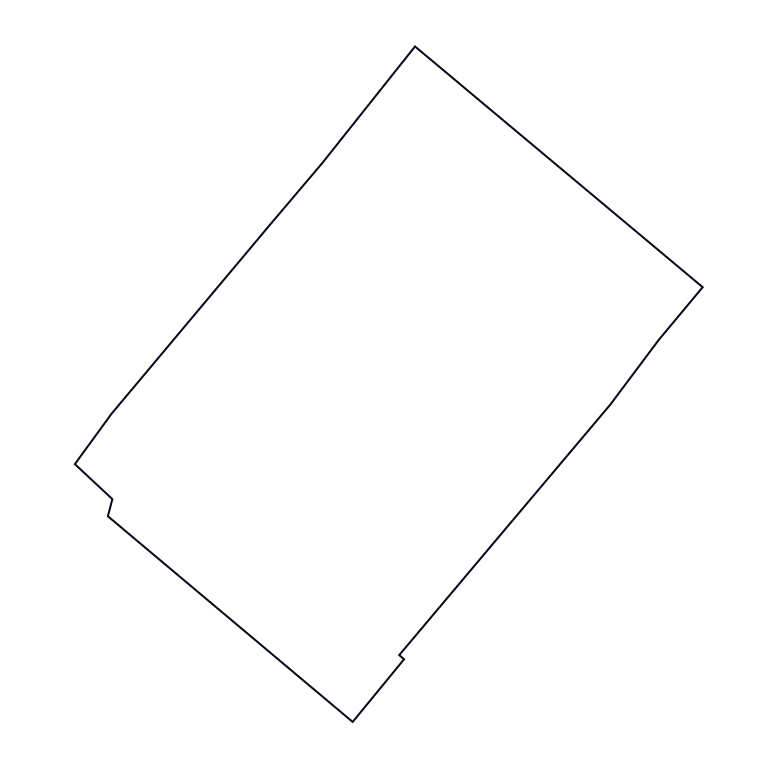 Todd, Minnesota, United States of America (Robinson projection), rotated 220°
{"feature_id": "52423323B13175905276165", "entity_name": "Todd", "entity_type": "district", "adm_level": 2, "iso_a3": "USA", "parent_name": "United States of America", "parent_adm1": "Minnesota", "projection": "robinson", "projection_center": [-94.915, 46.071], "detail": "fine", "context": "isolated", "style": "outline", "palette": "ink", "viewbox_px": 768, "rotation_deg": 220, "n_neighbors": 0, "source": "geoboundaries", "source_scale": "gbopen_adm2", "svg_char_len": 358}
<svg xmlns="http://www.w3.org/2000/svg" viewBox="0 0 768 768"><g transform="rotate(220 384 384)"><path d="M190.8,105.0L191.7,186.0L198.1,186.1L197.8,350.6L197.4,513.7L201.9,594.9L202.1,663.0L484.2,662.6L577.2,662.5L573.3,513.6L573.7,431.5L573.6,186.0L569.3,123.9L518.1,121.2L510.5,105.2L190.8,105.0Z" fill="none" stroke="#020617" stroke-width="2"/></g></svg>